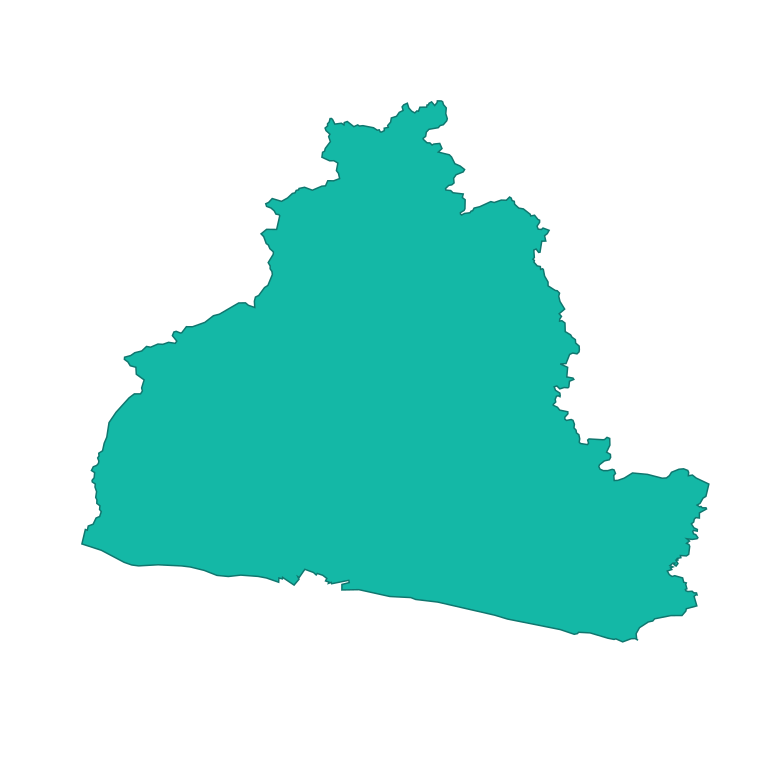 outline of Toamasina II, Atsinanana, Madagascar, rotated 85°
{"feature_id": "10022922B55539380638871", "entity_name": "Toamasina II", "entity_type": "district", "adm_level": 2, "iso_a3": "MDG", "parent_name": "Madagascar", "parent_adm1": "Atsinanana", "projection": "albers", "projection_center": [49.14, -18.014], "detail": "fine", "context": "isolated", "style": "filled", "palette": "teal", "viewbox_px": 768, "rotation_deg": 85, "n_neighbors": 0, "source": "geoboundaries", "source_scale": "gbopen_adm2", "svg_char_len": 6122}
<svg xmlns="http://www.w3.org/2000/svg" viewBox="0 0 768 768"><g transform="rotate(85 384 384)"><path d="M585.5,443.9L586.7,426.9L596.2,396.7L599.1,375.9L601.4,371.2L605.9,349.6L624.0,293.7L628.9,281.5L644.0,229.8L649.9,216.3L649.5,213.0L648.3,211.8L649.9,200.4L656.8,183.0L658.5,177.1L658.1,175.2L661.7,168.7L659.3,160.0L659.5,156.0L661.4,153.3L660.3,154.5L654.7,154.6L649.0,150.7L644.1,141.5L643.5,136.9L641.5,134.9L639.7,118.4L640.6,107.3L636.5,103.1L634.2,102.4L632.3,91.7L622.6,93.6L621.2,91.7L621.4,90.5L619.4,90.9L619.0,93.6L617.3,95.1L617.2,99.5L616.2,101.4L614.9,101.7L614.4,100.1L609.9,100.9L608.5,100.2L607.6,102.7L603.2,103.4L600.3,111.1L600.9,113.8L598.8,116.4L595.0,118.1L593.9,113.5L592.1,114.6L591.4,112.1L589.9,115.0L587.7,111.9L587.8,109.9L589.1,110.9L590.8,108.9L588.5,106.8L585.1,108.5L585.0,106.5L583.9,106.6L583.9,107.5L583.3,107.0L582.9,103.4L580.7,103.7L581.6,97.7L580.2,95.3L572.4,93.6L570.5,94.2L569.1,96.5L567.1,93.3L564.5,95.9L565.7,90.5L565.4,85.6L564.5,84.7L561.3,86.5L560.2,88.7L557.9,89.3L556.8,88.5L557.9,84.8L556.2,84.5L554.3,87.8L550.1,90.0L548.5,87.5L545.7,86.7L544.3,85.0L545.0,81.5L539.9,81.0L536.6,73.6L535.4,74.0L535.1,77.7L533.6,78.9L533.9,80.3L531.9,82.7L530.5,79.6L525.5,76.1L524.0,73.1L512.0,69.1L504.9,81.2L501.6,84.7L501.9,88.8L498.6,88.2L496.6,88.9L494.6,92.9L494.6,97.6L497.0,105.3L500.1,107.6L502.2,110.8L502.1,115.0L497.0,129.4L494.3,144.2L498.7,152.9L500.4,159.5L500.2,163.1L495.2,163.1L493.3,161.2L489.6,162.3L488.9,164.1L489.8,168.6L489.4,173.1L487.7,176.2L485.0,177.2L483.2,176.3L479.8,171.1L479.1,166.1L476.8,164.6L473.8,164.6L471.3,168.2L464.6,164.3L457.9,163.9L456.6,166.5L458.6,169.2L458.6,170.8L456.6,184.6L457.6,186.0L460.8,185.4L462.1,186.6L460.4,193.5L458.9,194.6L455.7,193.8L451.5,194.3L449.5,196.5L446.7,196.7L444.2,198.6L440.7,197.8L436.7,198.9L435.7,200.6L436.2,205.4L434.8,206.9L432.9,206.8L429.7,203.4L427.7,203.3L425.3,211.3L422.3,213.2L420.0,217.2L419.1,217.2L416.9,214.5L414.2,214.8L411.3,213.3L410.9,211.5L412.0,209.8L411.0,209.5L408.4,209.6L405.2,213.7L401.6,214.7L401.0,212.0L404.2,209.3L403.2,204.9L403.8,201.1L403.0,200.1L397.4,199.0L396.0,194.5L394.6,195.2L392.9,201.3L383.4,199.6L379.4,206.7L379.5,200.9L370.7,196.5L369.6,193.3L370.8,189.1L369.0,186.9L366.9,186.4L363.2,186.3L359.9,189.5L356.5,189.5L353.7,192.7L351.3,193.8L347.6,198.9L339.0,198.4L336.4,201.3L336.7,203.6L334.7,203.3L332.1,201.3L329.3,203.4L325.1,197.5L317.1,201.5L311.7,202.3L308.8,201.2L306.2,203.3L305.7,205.3L300.5,212.0L296.7,211.7L290.5,214.6L283.7,215.3L283.0,216.2L283.5,218.0L280.6,218.0L279.7,221.1L275.7,224.0L274.0,223.4L272.7,224.8L271.1,223.2L263.6,223.1L262.8,220.7L266.4,218.5L266.3,217.1L255.5,214.4L255.7,210.4L250.3,211.1L248.5,208.3L245.3,206.1L242.5,212.0L243.8,213.7L243.2,216.9L240.1,217.8L236.5,214.9L234.4,214.7L233.4,216.4L229.0,219.3L229.4,223.2L227.7,223.5L221.7,229.9L220.5,234.4L216.3,238.2L213.4,238.3L212.4,240.4L209.8,241.1L208.7,242.6L211.6,246.1L211.0,251.2L212.8,258.4L211.6,261.7L215.7,273.1L216.6,278.9L219.1,280.6L219.3,282.1L220.9,283.5L221.1,288.9L222.4,292.0L221.4,293.0L220.0,293.0L218.1,289.1L216.5,288.1L207.5,287.1L205.1,289.7L201.6,288.5L199.5,298.6L197.1,300.7L196.2,305.4L194.7,305.7L191.8,302.2L191.5,299.1L189.8,296.7L185.1,296.7L181.8,293.9L179.6,286.6L177.4,285.0L173.5,289.1L170.7,294.2L163.8,296.9L161.4,298.9L157.7,309.7L154.5,305.7L149.2,307.5L149.3,313.5L150.1,315.3L147.8,317.3L147.5,320.1L143.7,323.5L142.7,323.6L140.9,320.9L136.8,319.9L134.2,317.0L133.4,307.6L131.4,305.5L130.9,302.3L127.3,298.6L125.2,297.8L120.1,298.9L114.4,297.9L110.9,300.4L107.9,301.0L107.0,302.3L106.6,306.2L108.2,306.5L111.0,309.2L107.1,312.0L108.3,314.7L109.8,315.4L109.8,316.8L111.9,317.4L111.4,324.1L115.3,325.9L114.8,327.4L116.6,329.7L114.6,332.7L111.2,335.2L106.3,336.3L107.6,340.0L109.5,341.8L113.2,341.1L114.7,345.1L118.4,348.2L119.6,353.5L123.7,354.6L126.8,357.8L128.7,357.4L129.2,361.5L131.6,361.6L132.8,364.6L132.5,365.8L130.4,366.6L130.6,368.6L127.8,372.1L124.8,382.5L124.9,386.0L123.6,387.6L125.0,391.6L119.3,397.7L120.1,400.8L122.4,401.3L120.5,403.7L120.8,410.3L116.0,412.2L114.9,413.2L114.9,414.6L118.1,415.7L119.9,417.6L122.0,417.7L123.9,420.4L126.5,419.7L130.4,416.1L132.7,417.6L137.9,416.3L144.2,422.0L146.9,422.9L147.8,425.0L152.7,426.1L156.9,418.7L157.2,414.4L159.9,410.7L167.3,412.8L170.2,411.0L175.5,410.3L177.2,416.5L176.6,422.3L181.5,425.0L181.5,428.7L184.7,438.5L181.1,446.0L181.8,451.6L183.1,452.1L183.5,454.6L185.8,456.0L186.2,458.7L190.3,463.9L193.1,470.2L189.5,479.2L193.1,483.2L194.1,486.1L196.8,485.5L198.8,481.3L201.9,478.3L205.4,476.8L206.1,474.0L207.3,473.2L220.7,477.5L219.7,487.5L223.7,493.4L226.7,491.0L233.8,489.1L235.5,487.1L239.3,485.9L242.7,482.7L245.1,483.0L253.0,488.8L256.5,487.1L259.3,487.4L262.2,485.8L265.3,485.7L275.7,491.1L277.5,494.6L284.9,501.1L286.2,504.5L290.2,505.9L296.5,506.1L293.8,512.2L291.1,514.9L290.6,521.7L300.1,541.9L301.1,548.0L307.0,557.1L310.3,569.8L309.7,575.9L315.3,581.0L315.5,582.3L313.4,586.5L313.9,588.8L317.4,590.6L323.2,586.7L325.3,588.4L323.7,595.0L325.2,600.8L324.5,605.8L327.0,613.3L325.9,617.3L330.0,622.5L331.1,629.5L333.6,633.9L334.7,640.1L336.8,640.5L339.7,637.2L343.7,635.2L345.7,629.7L352.7,629.9L359.0,622.6L366.8,625.8L369.9,625.3L372.6,627.4L372.1,633.6L375.6,639.2L388.8,653.4L398.5,661.3L412.8,664.8L418.6,667.9L426.0,670.2L428.1,674.2L430.9,674.2L432.7,675.7L435.9,674.8L438.2,675.4L440.1,677.4L441.1,680.8L444.7,683.0L447.0,680.0L452.1,680.9L454.5,683.2L456.1,683.2L458.5,680.3L461.4,680.9L466.2,679.7L471.9,681.1L474.3,680.1L477.9,680.5L480.6,677.6L484.2,678.3L486.5,676.8L491.2,678.8L492.4,682.5L498.3,686.0L499.7,691.0L503.8,692.3L502.9,694.2L517.0,698.9L525.0,680.1L539.0,658.4L542.3,651.1L543.8,644.3L544.4,624.8L547.6,601.4L549.4,592.9L554.0,579.4L560.1,567.1L562.2,555.8L561.9,543.4L564.7,526.2L567.0,518.0L572.3,506.2L568.1,505.6L569.3,502.2L567.8,501.9L576.5,491.1L571.1,485.7L568.3,486.7L569.3,485.3L561.7,479.0L565.6,470.7L568.3,468.2L566.9,467.0L569.2,461.7L572.7,457.9L575.1,459.4L576.5,456.2L577.8,456.8L577.0,453.9L578.4,453.6L576.5,436.2L578.8,435.9L580.0,443.4L585.5,443.9Z" fill="#14b8a6" stroke="#0f766e" stroke-width="1.5"/></g></svg>